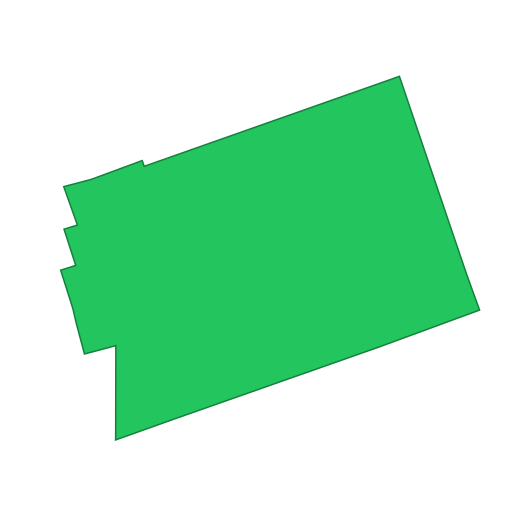 outline of Genesee, New York, United States of America, rotated 161°
{"feature_id": "52423323B2741615206535", "entity_name": "Genesee", "entity_type": "district", "adm_level": 2, "iso_a3": "USA", "parent_name": "United States of America", "parent_adm1": "New York", "projection": "orthographic", "projection_center": [-78.093, 42.998], "detail": "fine", "context": "isolated", "style": "filled", "palette": "green", "viewbox_px": 512, "rotation_deg": 161, "n_neighbors": 0, "source": "geoboundaries", "source_scale": "gbopen_adm2", "svg_char_len": 418}
<svg xmlns="http://www.w3.org/2000/svg" viewBox="0 0 512 512"><g transform="rotate(161 256 256)"><path d="M62.2,132.1L62.8,169.9L62.3,296.8L61.9,379.2L332.5,377.2L332.5,383.3L387.2,382.1L415.2,384.2L414.8,343.4L428.8,343.9L429.5,305.8L445.3,306.2L446.3,265.8L447.8,251.5L450.1,219.2L417.7,216.9L447.2,131.8L448.7,127.8L385.6,128.5L169.2,129.9L62.2,132.1Z" fill="#22c55e" stroke="#15803d" stroke-width="1.5"/></g></svg>